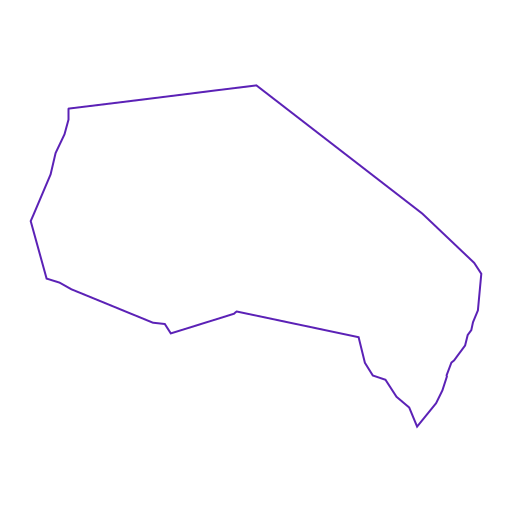 Derierre Fort/Old Victoria Road, Castries, Saint Lucia (Equal Earth projection)
{"feature_id": "8701671B52595214845054", "entity_name": "Derierre Fort/Old Victoria Road", "entity_type": "district", "adm_level": 2, "iso_a3": "LCA", "parent_name": "Saint Lucia", "parent_adm1": "Castries", "projection": "equal_earth", "projection_center": [-60.984, 13.994], "detail": "fine", "context": "isolated", "style": "outline", "palette": "violet", "viewbox_px": 512, "rotation_deg": 0, "n_neighbors": 0, "source": "geoboundaries", "source_scale": "gbopen_adm2", "svg_char_len": 641}
<svg xmlns="http://www.w3.org/2000/svg" viewBox="0 0 512 512"><path d="M446.9,376.5L446.6,375.3L451.4,362.6L454.1,360.4L457.6,355.6L465.1,345.5L467.7,335.0L471.3,330.1L473.0,322.2L477.9,310.4L481.3,273.8L474.2,262.9L422.3,213.6L256.4,85.4L215.7,90.4L148.6,98.8L68.7,108.6L68.5,108.9L68.5,119.6L64.5,134.3L55.6,153.0L50.6,174.4L33.5,214.7L30.7,221.1L46.6,278.6L59.5,282.6L71.4,289.3L152.9,322.7L164.8,324.0L170.8,333.4L176.6,331.6L234.1,313.7L235.3,312.5L236.7,311.5L358.6,337.2L364.9,362.8L372.8,375.5L385.5,379.8L396.5,396.8L409.2,407.5L417.1,426.6L436.1,403.2L442.4,390.4L446.9,376.5Z" fill="none" stroke="#5b21b6" stroke-width="2"/></svg>